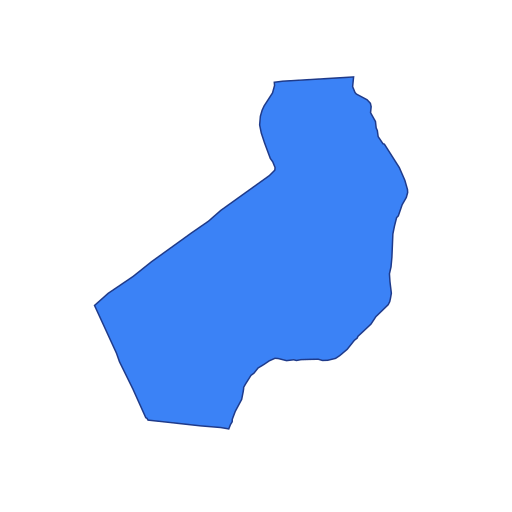 the district of Tectitán, Huehuetenango, Guatemala, rotated 54°
{"feature_id": "79465075B96618305654863", "entity_name": "Tectitán", "entity_type": "district", "adm_level": 2, "iso_a3": "GTM", "parent_name": "Guatemala", "parent_adm1": "Huehuetenango", "projection": "mercator", "projection_center": [-92.03, 15.362], "detail": "fine", "context": "isolated", "style": "filled", "palette": "blue", "viewbox_px": 512, "rotation_deg": 54, "n_neighbors": 0, "source": "geoboundaries", "source_scale": "gbopen_adm2", "svg_char_len": 1327}
<svg xmlns="http://www.w3.org/2000/svg" viewBox="0 0 512 512"><g transform="rotate(54 256 256)"><path d="M168.5,71.8L130.3,131.6L126.2,139.1L129.0,140.8L133.8,146.8L139.3,161.1L141.7,165.4L145.5,170.3L152.1,176.0L159.5,179.4L169.5,182.6L185.6,187.1L189.7,187.1L195.7,188.6L197.6,190.3L198.8,198.0L198.4,257.6L199.9,273.9L199.4,294.3L199.2,343.8L200.3,367.5L199.3,397.5L201.1,415.7L252.6,426.0L261.3,428.6L291.4,433.8L322.0,440.2L323.3,439.6L325.3,439.8L361.0,400.5L374.0,385.4L378.7,380.8L379.9,379.7L377.4,375.8L376.1,372.7L374.1,371.1L369.5,364.1L363.6,351.9L358.4,346.3L356.2,344.1L355.0,343.2L353.4,339.7L349.6,330.2L349.6,326.6L347.8,320.1L348.4,313.1L348.6,306.9L349.9,300.8L351.3,299.1L352.1,298.2L358.6,292.8L362.1,286.5L364.3,284.7L366.3,280.5L371.0,273.6L376.1,266.3L379.6,263.6L382.5,259.3L385.6,251.8L385.8,246.9L385.1,237.1L382.0,225.9L381.9,222.4L380.9,220.8L378.7,203.1L375.5,194.6L373.1,177.7L371.5,174.6L369.3,172.1L365.7,168.4L355.3,162.6L348.8,158.5L344.2,153.2L336.9,146.8L318.6,132.3L313.1,126.3L307.6,119.7L307.2,117.3L300.4,107.6L297.0,100.0L293.8,96.0L291.3,94.4L282.3,91.1L268.7,88.1L241.0,86.4L239.8,87.3L231.2,87.0L225.8,84.1L223.0,83.5L217.4,80.3L207.4,79.1L202.9,75.1L199.7,73.7L194.9,74.3L184.0,79.6L181.9,79.8L175.8,78.3L168.5,71.8Z" fill="#3b82f6" stroke="#1e3a8a" stroke-width="1.5"/></g></svg>